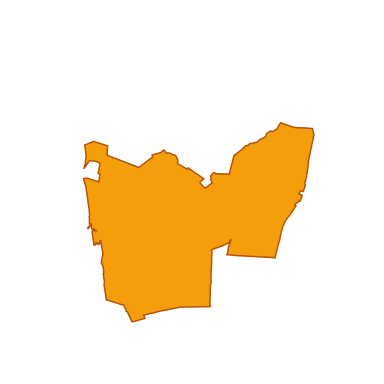 the district of Hanesti, Botosani, Romania, rotated 52°
{"feature_id": "2599482B45737492982301", "entity_name": "Hanesti", "entity_type": "district", "adm_level": 2, "iso_a3": "ROU", "parent_name": "Romania", "parent_adm1": "Botosani", "projection": "orthographic", "projection_center": [27.009, 47.93], "detail": "fine", "context": "isolated", "style": "filled", "palette": "amber", "viewbox_px": 384, "rotation_deg": 52, "n_neighbors": 0, "source": "geoboundaries", "source_scale": "gbopen_adm2", "svg_char_len": 6021}
<svg xmlns="http://www.w3.org/2000/svg" viewBox="0 0 384 384"><g transform="rotate(52 192 192)"><path d="M257.3,319.2L258.5,317.0L259.5,314.7L260.8,311.2L261.9,308.7L262.5,307.5L262.6,307.0L262.6,306.8L259.3,306.0L260.1,303.9L260.2,303.6L261.4,301.4L262.1,299.6L263.8,296.2L264.0,295.6L266.9,289.0L268.1,286.9L269.0,284.9L269.6,283.9L271.2,280.6L271.8,279.5L273.6,275.8L274.0,275.1L275.4,272.2L278.0,268.7L279.9,266.2L280.6,265.5L281.9,263.6L285.0,259.6L286.3,257.8L288.5,254.9L288.8,254.5L290.4,252.2L292.1,250.2L293.5,248.2L290.5,246.2L288.6,244.7L285.0,241.6L281.7,238.9L279.2,237.1L278.6,236.3L278.2,236.1L277.2,235.1L276.4,234.4L276.1,234.0L276.0,233.6L275.9,233.3L275.5,233.0L274.2,232.2L273.3,231.4L272.6,231.0L271.8,230.4L271.1,229.7L269.4,228.3L262.3,222.2L261.5,221.5L261.4,221.4L256.3,217.3L249.8,211.9L250.6,208.5L251.7,205.5L252.1,204.3L253.1,201.3L253.7,198.4L254.2,196.6L254.3,195.9L254.4,195.1L254.9,194.9L255.2,194.6L255.3,194.4L255.4,194.2L255.3,193.8L255.0,193.5L254.7,193.3L254.1,192.9L253.3,191.2L253.1,190.4L253.9,191.3L254.5,192.1L256.1,194.1L256.4,195.1L258.0,197.4L258.9,198.3L261.1,200.5L261.6,201.0L261.9,201.6L262.5,202.8L262.7,203.1L262.9,203.1L266.3,199.4L270.1,195.5L271.6,193.6L272.5,192.6L275.0,189.7L276.6,188.0L281.2,182.6L284.0,179.6L284.4,179.3L285.7,177.5L287.3,175.6L288.1,174.8L291.1,171.4L292.0,170.2L293.1,169.1L295.0,167.0L294.6,166.6L291.8,163.1L290.7,161.6L287.2,157.3L286.1,155.8L284.7,153.7L283.8,152.5L282.4,150.9L281.2,149.5L280.6,148.9L278.6,146.5L277.9,145.4L276.6,143.7L275.3,142.0L272.4,136.6L271.9,135.3L271.1,132.5L270.7,130.8L270.5,129.9L270.5,129.6L269.5,126.1L269.3,125.4L268.9,124.7L268.6,123.5L266.8,118.4L265.6,119.0L265.2,118.6L264.9,116.3L265.0,116.0L265.3,115.7L265.5,115.4L265.1,114.1L265.4,111.9L265.5,111.9L264.1,109.5L263.5,108.6L262.9,107.9L262.2,107.2L259.5,109.1L257.9,106.0L258.8,105.1L260.0,104.2L258.4,101.3L257.7,100.0L257.3,99.7L256.7,99.0L256.1,98.4L255.8,98.3L254.9,98.1L254.0,97.8L253.8,97.5L253.7,96.8L253.4,96.1L253.0,95.5L252.6,95.0L251.0,93.3L250.7,92.7L249.9,91.9L246.9,88.7L246.5,88.3L244.7,86.2L243.3,84.9L242.3,83.9L241.4,83.2L239.0,80.8L237.6,79.3L222.3,61.0L221.9,60.7L221.6,60.5L216.1,58.0L213.0,61.5L211.9,62.6L210.9,63.7L209.2,65.7L208.0,67.3L205.5,70.1L205.3,70.3L205.3,70.5L203.4,72.1L195.9,77.1L192.1,79.3L192.2,80.0L192.8,81.9L193.2,83.0L193.7,84.0L194.0,85.2L194.3,85.8L194.5,86.5L194.5,87.1L194.3,88.9L194.3,89.5L194.2,90.8L194.1,91.2L194.0,91.5L193.8,91.7L192.5,92.2L192.2,93.2L192.0,95.7L191.9,96.8L192.0,97.4L192.4,98.2L192.9,98.8L193.1,99.1L193.4,99.7L193.5,100.1L193.6,100.3L193.5,100.8L193.6,102.6L193.5,102.9L192.8,104.0L192.5,105.1L192.5,106.0L192.4,106.7L192.4,107.1L192.7,108.2L192.8,109.5L192.8,110.1L192.7,110.5L192.5,111.0L191.8,112.0L190.6,114.8L189.8,116.1L189.7,116.4L189.5,116.8L189.5,117.2L189.7,118.1L189.7,118.7L189.3,120.0L189.1,120.5L188.7,121.2L188.6,121.5L189.0,124.6L189.1,126.7L189.3,126.9L189.2,129.7L189.2,132.2L189.2,133.0L189.1,133.7L189.2,135.1L189.0,136.3L199.9,150.4L200.9,151.7L200.9,151.9L199.6,153.1L192.3,161.9L190.6,162.5L190.3,162.7L190.2,163.1L190.2,163.9L190.2,164.7L190.3,165.4L190.7,166.3L190.8,167.0L191.0,167.4L191.3,167.7L191.8,168.0L192.3,168.2L193.0,168.5L193.6,169.7L195.1,169.9L195.5,170.1L196.5,170.3L197.3,170.3L197.2,172.3L197.1,174.8L197.2,175.0L197.3,175.4L197.2,176.1L197.2,176.9L197.0,178.6L196.6,179.3L195.3,179.7L194.2,179.9L192.1,179.8L190.9,180.0L189.8,180.0L189.6,179.9L189.2,179.5L189.1,179.0L189.1,177.5L189.0,176.5L188.9,174.8L188.8,174.5L187.6,174.9L184.6,175.8L183.4,176.2L182.6,176.4L179.4,177.6L175.1,178.8L170.5,180.2L171.2,181.7L160.6,186.0L159.6,184.9L158.8,183.9L158.4,183.6L157.3,183.4L155.6,182.7L153.8,182.5L152.6,182.7L152.1,182.8L151.7,183.2L150.6,184.3L150.3,184.5L149.0,184.7L148.3,185.1L147.5,185.8L146.9,186.2L146.1,187.3L145.3,188.5L145.1,188.5L144.3,188.2L143.7,188.3L142.7,188.0L141.4,188.6L141.5,190.0L141.7,191.8L141.6,192.5L140.7,194.9L138.2,200.6L138.3,200.8L138.6,200.9L139.1,201.1L140.3,201.8L140.0,207.3L140.0,218.7L110.8,236.3L103.7,230.1L91.6,238.3L89.0,247.6L97.4,252.6L97.5,252.4L99.9,254.7L101.0,255.9L103.3,257.9L104.0,258.6L105.8,261.2L107.2,262.9L106.9,262.2L106.3,260.5L106.0,259.0L105.1,256.6L104.8,255.3L104.5,253.8L104.4,253.2L104.5,252.9L109.3,248.4L109.8,248.1L110.6,247.8L112.3,246.9L112.6,246.8L113.3,247.5L114.7,249.1L118.0,252.7L118.6,253.5L119.5,254.4L119.6,254.5L119.8,254.5L121.0,253.6L121.3,253.6L121.7,253.8L122.5,254.8L126.6,259.3L125.3,260.1L119.7,264.0L117.4,265.5L116.9,265.9L116.3,266.5L115.6,267.4L115.2,267.9L115.0,268.5L114.8,269.4L117.4,270.3L122.6,272.4L141.9,283.5L146.7,286.6L147.0,286.8L148.1,288.2L148.9,288.7L150.6,289.7L151.2,290.2L152.0,291.0L152.6,291.3L152.9,291.5L153.9,292.6L154.9,291.5L155.1,291.5L155.4,291.7L155.7,292.2L155.8,292.5L155.6,292.9L155.8,293.6L155.7,294.5L155.9,294.9L156.3,295.3L156.0,295.8L156.3,296.6L156.9,296.2L156.5,295.1L156.3,294.5L156.2,293.9L156.1,292.8L155.8,291.6L159.3,293.9L159.5,293.7L160.2,292.5L161.7,291.7L162.4,291.7L163.7,291.2L163.7,291.3L163.2,291.9L162.0,293.0L161.3,293.7L161.3,293.9L161.5,294.4L161.5,294.6L161.5,294.9L165.0,297.1L166.3,297.8L171.9,301.0L173.3,301.9L174.1,301.0L174.2,300.7L174.2,300.4L174.0,299.7L172.9,298.8L173.3,298.4L174.0,297.5L174.3,297.5L174.8,297.7L175.4,298.4L175.9,297.9L176.0,297.6L175.2,296.0L174.7,295.2L173.7,294.3L174.2,293.8L175.6,294.9L180.0,297.1L183.4,298.9L184.5,299.3L186.1,300.5L187.6,302.1L190.0,305.1L191.9,306.7L191.9,306.9L192.1,307.1L192.4,307.3L193.1,307.4L194.0,307.3L195.6,308.0L196.0,308.3L197.5,308.8L198.2,309.4L198.9,309.6L199.2,309.8L199.5,309.8L199.9,310.4L200.0,310.6L200.6,310.6L201.0,311.1L201.5,311.6L201.8,311.7L201.8,312.3L209.1,316.5L209.8,317.4L210.2,317.7L211.4,318.7L215.4,320.8L218.0,322.4L223.1,325.1L224.5,326.0L225.3,325.2L226.6,324.2L230.3,321.7L232.5,320.1L235.8,318.0L238.3,316.1L239.2,315.3L239.4,315.3L240.5,315.9L241.1,316.1L243.3,316.3L244.4,316.5L244.9,316.8L245.5,317.4L246.3,316.7L246.6,316.7L257.3,319.2Z" fill="#f59e0b" stroke="#b45309" stroke-width="1.5"/></g></svg>